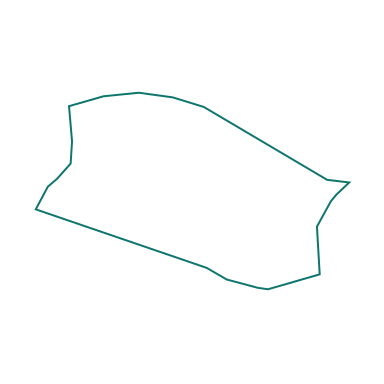 map outline of Jesenice (Equal Earth projection), rotated 353°
{"feature_id": "SVN-258", "entity_name": "Jesenice", "entity_type": "Municipality", "adm_level": 1, "iso_a3": "SVN", "parent_name": "Slovenia", "parent_adm1": "", "projection": "equal_earth", "projection_center": [14.07, 46.444], "detail": "fine", "context": "isolated", "style": "outline", "palette": "teal", "viewbox_px": 384, "rotation_deg": 353, "n_neighbors": 0, "source": "natural_earth", "source_scale": "10m", "svg_char_len": 407}
<svg xmlns="http://www.w3.org/2000/svg" viewBox="0 0 384 384"><g transform="rotate(353 192 192)"><path d="M115.8,86.2L151.3,87.0L184.3,95.7L214.0,109.0L327.6,196.4L349.2,201.7L335.0,212.2L328.7,218.1L311.8,241.6L308.7,289.3L255.6,297.8L245.6,295.1L215.8,283.1L197.3,269.1L34.8,190.2L49.6,169.1L59.6,162.5L75.0,149.0L79.1,127.2L80.4,91.8L115.8,86.2Z" fill="none" stroke="#0f766e" stroke-width="2"/></g></svg>